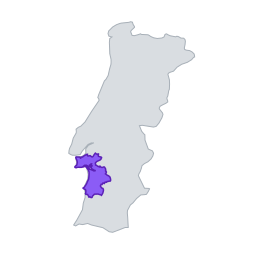 Setúbal highlighted on a map of Portugal, rotated 9°
{"feature_id": "PRT-5498", "entity_name": "Setúbal", "entity_type": "District", "adm_level": 1, "iso_a3": "PRT", "parent_name": "Portugal", "parent_adm1": "", "projection": "robinson", "projection_center": [-8.638, 38.295], "detail": "fine", "context": "in_parent", "style": "filled", "palette": "violet", "viewbox_px": 256, "rotation_deg": 9, "n_neighbors": 0, "source": "natural_earth", "source_scale": "10m", "svg_char_len": 5515}
<svg xmlns="http://www.w3.org/2000/svg" viewBox="0 0 256 256"><g transform="rotate(9 128 128)"><path d="M97.1,30.6L100.3,27.9L103.4,26.1L105.1,25.4L112.3,23.5L114.1,22.6L115.9,22.8L116.2,23.7L117.2,25.4L118.4,26.6L118.7,27.5L115.9,31.2L115.5,32.5L117.0,34.9L117.2,35.6L117.9,35.9L119.9,35.8L123.3,34.3L125.7,33.0L126.5,33.5L133.2,32.8L134.9,33.4L135.9,34.0L139.3,34.9L142.9,35.0L147.4,33.8L149.3,32.5L149.7,31.1L149.8,30.1L150.4,29.4L151.4,29.0L153.0,29.7L155.3,30.3L160.8,30.5L161.9,29.7L163.7,29.9L166.2,30.9L169.0,30.6L170.5,31.8L171.1,33.4L171.3,36.8L171.1,40.3L171.7,41.6L173.6,42.0L176.7,41.9L179.5,42.9L181.7,44.5L182.4,46.2L182.7,47.4L181.7,48.0L180.2,50.5L176.4,53.8L171.0,56.7L166.9,60.3L164.1,64.7L160.5,66.6L159.4,67.6L159.0,68.7L161.4,74.1L162.2,78.2L162.8,83.3L162.4,84.7L162.3,90.2L161.7,91.9L161.9,93.2L162.8,94.6L163.2,96.0L161.5,97.7L158.6,99.7L156.3,101.5L155.8,103.1L155.9,104.2L159.7,107.7L160.4,109.1L159.9,112.6L157.8,118.3L155.7,121.8L155.4,122.1L153.0,123.1L141.7,123.1L138.9,123.9L139.3,124.6L142.0,129.1L144.8,131.5L145.7,132.0L146.7,137.3L151.3,145.6L155.7,146.8L157.2,148.9L156.9,151.8L155.6,155.0L152.9,158.3L149.8,160.6L147.7,163.0L147.5,165.6L146.9,169.0L145.9,171.7L145.7,173.5L153.7,184.9L158.2,184.4L158.8,184.7L158.0,187.4L156.6,190.6L154.9,191.2L151.1,192.1L147.5,196.3L144.6,201.2L142.4,203.6L140.4,209.5L140.6,212.0L141.6,216.0L143.8,226.2L140.8,226.7L129.2,233.4L125.6,233.4L118.9,230.4L107.0,229.5L103.1,228.6L98.3,230.5L94.6,230.5L91.6,232.9L89.5,232.3L91.9,226.8L95.8,215.8L95.6,209.2L96.5,203.4L95.5,197.7L93.6,194.1L96.2,184.8L95.9,180.0L93.5,174.0L100.7,174.9L98.5,172.5L96.3,171.0L94.2,171.4L92.4,171.3L86.2,173.6L83.2,174.3L82.3,173.9L82.6,170.2L81.0,165.3L83.5,164.1L86.4,163.7L88.8,161.6L90.3,159.3L89.5,155.2L91.6,151.3L96.6,148.0L94.0,148.5L91.1,150.5L86.4,158.0L84.9,161.8L81.0,163.0L77.4,163.6L75.6,163.2L73.5,162.3L73.3,159.5L73.5,157.2L74.9,152.8L75.5,146.6L77.6,141.0L77.5,139.5L76.9,137.3L78.8,135.1L81.1,133.6L84.6,128.8L89.4,117.4L95.1,105.3L94.6,103.8L93.4,102.6L93.9,99.4L97.3,85.2L98.6,83.4L100.2,79.2L100.6,72.5L101.2,67.9L101.0,65.6L100.5,62.8L98.4,57.5L96.2,46.2L96.0,42.5L97.9,40.6L94.8,40.3L93.5,37.9L93.8,35.1L97.1,30.6Z" fill="#d9dde1" stroke="#a8b0b8" stroke-width="1"/><path d="M96.2,199.5L96.4,198.8L96.3,197.4L96.1,196.4L95.6,195.4L94.4,195.2L93.0,194.4L93.2,194.0L93.4,193.9L93.7,193.7L94.0,193.5L95.7,189.8L96.4,186.9L97.1,184.7L97.0,182.5L96.8,179.9L96.4,177.6L95.6,176.0L94.7,175.1L93.6,173.9L92.4,172.9L91.4,172.6L92.0,172.0L92.7,172.4L94.0,173.4L95.5,173.9L96.3,174.3L96.3,174.8L97.7,174.8L101.1,175.7L102.8,175.1L101.8,175.1L100.9,174.9L98.4,173.8L98.1,173.4L97.9,172.9L97.9,172.3L97.9,171.8L98.1,171.4L98.4,171.2L98.4,170.9L97.9,170.7L97.6,170.2L97.5,169.6L97.7,169.2L97.2,169.1L96.5,170.4L95.8,170.6L95.8,170.9L96.6,171.0L97.0,171.6L97.0,172.2L96.7,172.6L95.9,172.5L95.2,172.3L94.0,171.7L92.7,171.3L91.0,171.6L89.5,173.3L89.8,173.5L87.9,174.2L84.6,174.6L83.9,174.9L83.3,175.3L82.7,175.4L81.8,175.2L81.7,175.1L81.6,174.9L81.6,174.6L81.7,174.4L81.8,174.2L82.0,173.9L83.1,172.9L83.3,171.6L83.3,169.7L82.5,167.8L81.4,166.2L81.0,165.0L81.6,164.6L83.2,164.5L84.6,164.3L85.3,164.7L85.7,165.2L85.9,165.2L85.7,164.4L86.2,164.1L87.2,163.9L87.7,163.8L87.7,163.6L88.3,163.0L88.8,162.5L89.8,161.7L91.0,160.7L91.3,160.5L91.5,160.4L91.8,160.3L92.1,160.3L92.1,160.9L92.2,161.5L92.5,161.8L92.9,161.9L93.2,161.8L93.9,161.6L94.3,161.4L94.9,161.2L95.2,161.3L95.5,161.4L95.8,161.8L96.8,162.1L97.0,162.2L97.6,162.0L98.1,161.3L98.2,161.0L98.6,159.9L99.6,158.0L99.8,157.9L100.0,158.1L100.6,158.5L101.6,158.8L102.2,158.4L102.8,158.2L103.0,158.3L103.0,158.5L102.9,158.8L102.9,159.1L102.9,159.4L102.9,159.8L102.9,160.1L103.3,160.6L103.7,160.7L104.0,160.7L104.9,160.8L106.3,161.0L106.5,161.2L106.6,161.6L106.2,162.2L106.2,162.5L106.2,163.0L105.9,163.4L105.4,164.0L102.5,165.9L101.3,167.4L101.3,167.7L101.3,168.1L101.5,168.4L101.6,168.7L101.8,169.7L102.8,169.8L104.1,170.6L105.1,170.7L105.9,171.0L106.1,170.9L106.1,170.7L106.1,170.4L106.0,170.2L106.5,170.1L106.8,170.4L107.0,170.6L107.3,170.8L107.7,171.0L108.7,171.0L109.2,170.8L110.0,170.3L110.6,170.2L110.9,170.3L111.6,171.1L112.0,171.5L112.2,171.8L112.2,172.0L112.7,173.3L112.7,173.6L112.5,173.9L112.7,174.2L113.2,174.4L113.4,174.6L113.6,174.9L113.5,175.6L112.9,176.5L112.9,176.9L113.2,177.0L113.9,177.2L114.4,177.6L115.1,178.0L115.4,178.1L115.7,178.1L116.0,178.1L116.6,178.4L117.9,179.3L118.7,181.0L119.0,182.1L119.0,182.4L119.0,182.7L118.8,183.2L117.6,183.5L117.0,183.8L115.9,184.1L115.6,184.2L115.5,184.7L115.2,185.0L114.0,185.0L113.8,185.1L113.6,185.4L113.6,185.7L113.4,186.4L113.2,186.6L112.9,186.5L112.6,186.3L112.3,186.2L112.1,186.2L111.9,186.4L111.6,186.5L111.5,186.9L111.5,187.1L111.5,187.3L111.3,187.7L111.2,187.8L111.1,188.0L110.9,188.0L110.8,187.9L110.6,187.8L110.3,187.8L110.2,188.2L110.1,188.5L109.9,189.0L109.8,189.3L109.8,189.5L110.1,190.1L110.7,190.6L111.2,191.2L111.7,191.4L112.0,191.5L112.5,191.5L112.9,191.9L113.2,192.3L113.5,193.2L113.5,194.3L113.3,196.2L112.9,197.3L112.8,197.6L112.3,198.7L111.3,198.2L111.1,198.2L110.3,198.2L108.8,197.9L105.7,198.5L105.1,198.7L104.8,199.0L104.7,199.3L104.6,199.6L104.0,200.2L103.8,200.5L103.5,201.4L103.5,201.7L103.4,202.0L103.2,202.3L102.6,202.5L102.3,202.5L101.7,202.2L101.4,202.1L101.1,201.9L100.9,201.9L100.7,202.0L100.4,202.4L100.2,202.4L100.1,202.2L99.7,201.6L98.9,200.6L98.8,200.4L98.5,200.1L97.9,199.9L97.7,200.0L97.4,200.1L97.2,200.2L96.9,200.2L96.7,200.1L96.5,199.8L96.2,199.5Z" fill="#8b5cf6" stroke="#5b21b6" stroke-width="1.5"/></g></svg>